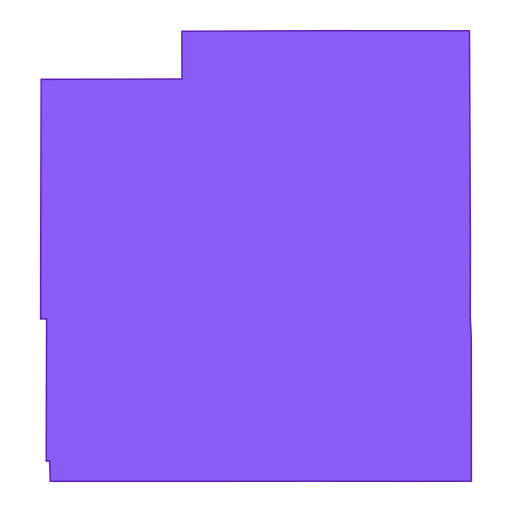 Luna, New Mexico, United States of America (Robinson projection)
{"feature_id": "52423323B3054531487219", "entity_name": "Luna", "entity_type": "district", "adm_level": 2, "iso_a3": "USA", "parent_name": "United States of America", "parent_adm1": "New Mexico", "projection": "robinson", "projection_center": [-107.798, 32.195], "detail": "fine", "context": "isolated", "style": "filled", "palette": "violet", "viewbox_px": 512, "rotation_deg": 0, "n_neighbors": 0, "source": "geoboundaries", "source_scale": "gbopen_adm2", "svg_char_len": 404}
<svg xmlns="http://www.w3.org/2000/svg" viewBox="0 0 512 512"><path d="M50.3,481.3L122.9,481.3L216.6,481.3L312.4,481.2L413.3,481.3L413.5,481.3L471.4,481.2L471.3,339.0L470.3,317.5L470.4,242.0L469.5,36.0L469.4,30.8L327.2,30.7L181.9,31.3L182.0,79.0L122.8,79.2L41.2,79.3L40.7,249.1L40.6,318.9L46.6,318.9L46.3,437.1L46.3,461.1L49.6,461.0L50.3,481.3Z" fill="#8b5cf6" stroke="#5b21b6" stroke-width="1.5"/></svg>